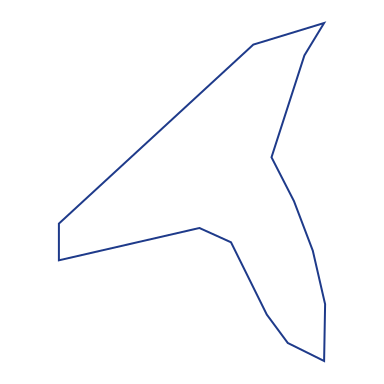 SVG path tracing the border of The Snares
{"feature_id": "NZL-5480", "entity_name": "The Snares", "entity_type": "state/province", "adm_level": 1, "iso_a3": "NZL", "parent_name": "New Zealand", "parent_adm1": "", "projection": "natural_earth1", "projection_center": [166.619, -48.028], "detail": "fine", "context": "isolated", "style": "outline", "palette": "blue", "viewbox_px": 384, "rotation_deg": 0, "n_neighbors": 0, "source": "natural_earth", "source_scale": "10m", "svg_char_len": 301}
<svg xmlns="http://www.w3.org/2000/svg" viewBox="0 0 384 384"><path d="M324.1,23.0L304.4,55.4L271.5,157.3L294.0,201.2L312.8,250.7L325.1,304.2L324.1,361.0L287.8,343.0L266.8,314.6L231.0,242.3L199.4,228.0L58.9,260.3L58.9,223.6L253.3,44.6L324.1,23.0Z" fill="none" stroke="#1e3a8a" stroke-width="2"/></svg>